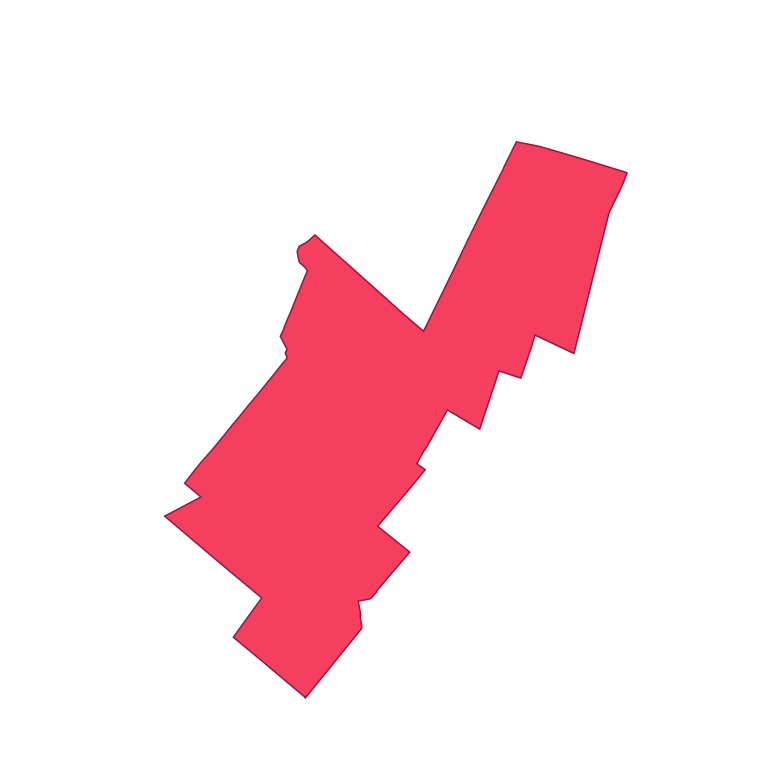 Goicea, Dolj, Romania (Equal Earth projection), rotated 122°
{"feature_id": "2599482B52312852000830", "entity_name": "Goicea", "entity_type": "district", "adm_level": 2, "iso_a3": "ROU", "parent_name": "Romania", "parent_adm1": "Dolj", "projection": "equal_earth", "projection_center": [23.601, 43.927], "detail": "fine", "context": "isolated", "style": "filled", "palette": "rose", "viewbox_px": 768, "rotation_deg": 122, "n_neighbors": 0, "source": "geoboundaries", "source_scale": "gbopen_adm2", "svg_char_len": 2261}
<svg xmlns="http://www.w3.org/2000/svg" viewBox="0 0 768 768"><g transform="rotate(122 384 384)"><path d="M612.3,500.0L612.9,495.9L613.0,495.3L617.8,462.3L622.3,431.7L630.1,375.1L630.6,374.4L678.6,377.6L682.7,347.1L691.4,285.7L691.1,285.5L690.4,285.0L691.8,285.0L691.9,284.3L603.4,273.4L601.5,274.3L596.5,278.7L592.9,281.6L592.4,281.1L581.8,290.7L573.3,281.7L565.8,280.3L564.1,279.9L564.0,280.2L563.9,280.6L551.8,278.8L538.7,277.0L537.9,276.8L525.1,274.9L513.0,273.1L508.2,312.3L508.0,314.0L481.8,310.1L481.6,310.1L470.2,308.4L456.9,306.4L434.8,303.6L434.3,313.9L430.6,314.1L429.5,314.3L427.2,314.4L423.1,314.5L421.8,314.6L421.2,314.7L419.6,314.8L419.3,314.9L419.1,315.0L418.8,314.4L417.8,314.4L417.5,314.4L416.7,314.4L415.5,314.5L412.0,314.6L411.4,314.6L394.3,315.4L372.4,316.4L372.2,307.2L371.6,278.9L357.1,282.4L356.2,282.6L334.2,288.0L312.0,293.4L306.5,271.1L283.2,276.5L275.7,278.2L262.6,281.9L262.3,279.9L260.6,265.9L259.9,259.6L257.7,240.8L257.4,239.1L256.5,239.4L244.7,243.2L225.2,249.5L219.7,251.3L196.0,259.0L184.8,262.7L180.1,264.2L172.6,266.7L148.3,274.6L139.0,277.6L134.3,279.1L123.2,282.7L118.8,284.0L116.7,284.3L110.3,284.9L99.8,286.0L89.7,287.2L82.9,288.3L82.3,288.3L82.7,288.5L77.1,289.5L76.1,290.0L76.3,290.9L87.1,331.6L93.8,355.8L100.0,377.7L108.5,400.1L137.0,397.2L137.6,396.9L183.9,392.7L217.1,389.3L258.3,384.6L258.2,384.7L318.3,378.4L317.5,383.9L316.8,388.2L314.0,406.9L301.7,477.7L299.8,489.3L294.6,519.3L294.2,521.6L302.3,523.8L305.7,525.2L312.2,528.9L317.4,528.0L321.1,524.9L323.9,522.1L325.8,520.0L326.2,516.7L327.2,512.1L328.5,509.0L335.3,507.9L353.6,504.7L362.8,503.1L371.3,501.5L380.6,500.1L387.2,499.0L389.4,498.6L390.9,498.1L398.5,497.2L405.7,485.2L406.4,484.1L407.2,484.3L408.3,484.4L409.8,484.2L410.8,483.3L412.6,480.6L413.3,480.0L413.4,479.9L414.2,480.0L419.6,480.8L423.6,481.3L427.2,481.7L432.5,482.3L438.0,482.9L443.9,483.7L451.0,484.5L455.1,485.0L458.7,485.5L461.0,485.8L464.4,486.3L468.0,486.8L471.5,487.3L472.3,487.5L477.2,488.0L484.6,488.9L488.5,489.4L496.9,490.6L497.9,490.8L507.5,491.9L521.5,493.6L523.4,493.9L530.6,494.8L535.6,495.7L535.8,495.7L548.5,497.8L559.7,499.1L562.1,499.4L562.6,499.4L573.9,500.5L575.1,491.3L575.6,487.9L576.9,479.4L612.3,500.0Z" fill="#f43f5e" stroke="#9f1239" stroke-width="1.5"/></g></svg>